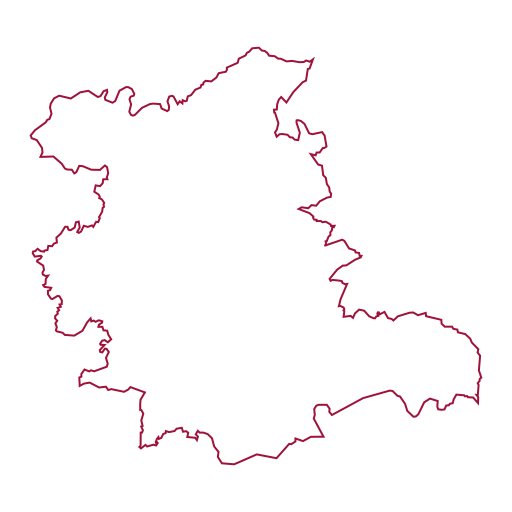 outline of Jalostotitlán, Jalisco, Mexico
{"feature_id": "50627088B48437195320512", "entity_name": "Jalostotitlán", "entity_type": "district", "adm_level": 2, "iso_a3": "MEX", "parent_name": "Mexico", "parent_adm1": "Jalisco", "projection": "albers", "projection_center": [-102.485, 21.201], "detail": "fine", "context": "isolated", "style": "outline", "palette": "rose", "viewbox_px": 512, "rotation_deg": 0, "n_neighbors": 0, "source": "geoboundaries", "source_scale": "gbopen_adm2", "svg_char_len": 5932}
<svg xmlns="http://www.w3.org/2000/svg" viewBox="0 0 512 512"><path d="M478.0,403.1L478.2,397.1L476.5,394.9L477.8,395.0L478.6,385.0L477.7,383.2L479.6,380.9L479.7,378.9L481.3,377.7L478.9,370.5L480.1,355.7L477.6,352.6L478.3,349.1L471.8,342.5L470.2,338.7L465.3,334.1L457.9,332.3L457.4,329.6L453.3,328.8L452.1,326.7L444.8,326.7L441.6,323.7L441.3,319.8L426.1,316.2L425.7,312.9L418.0,315.2L413.2,312.5L409.7,312.7L397.9,316.3L393.4,320.5L391.6,318.9L388.0,318.1L384.5,311.9L379.6,314.4L378.9,312.4L377.9,312.3L377.3,313.6L378.2,315.9L376.4,316.4L375.0,318.3L373.5,318.2L369.2,316.3L364.2,310.7L359.1,309.6L354.9,313.5L353.0,317.9L350.7,315.9L343.6,316.8L344.3,311.2L343.5,310.4L344.3,309.3L343.6,307.5L340.3,305.9L338.9,306.2L340.5,299.4L347.1,283.9L345.1,284.2L342.4,282.9L341.9,281.2L339.3,280.6L332.4,279.9L330.6,280.8L329.6,278.9L337.1,269.7L342.8,265.6L346.3,265.4L355.1,259.7L360.7,257.4L361.4,255.9L359.7,255.8L359.0,252.9L355.6,252.4L354.9,250.4L349.0,248.4L344.4,240.9L342.2,239.7L324.4,245.8L326.1,244.6L325.6,241.3L326.7,241.2L328.6,236.5L330.4,235.2L330.3,232.3L331.8,230.5L332.3,227.2L333.8,227.3L334.5,225.8L331.0,226.0L330.7,224.6L325.8,221.7L322.4,222.2L320.9,221.1L316.6,221.0L316.6,219.8L314.2,219.6L313.1,217.9L313.4,216.6L309.6,213.2L298.7,209.0L301.7,207.3L308.3,208.2L311.5,205.1L316.2,205.7L319.8,201.3L327.0,197.6L330.7,196.9L331.1,193.6L329.7,191.7L329.2,187.5L326.9,184.1L325.8,177.8L323.2,175.2L322.0,165.7L318.1,164.5L310.8,154.1L315.6,155.3L316.6,152.5L319.6,152.5L322.8,148.0L323.9,148.2L326.5,146.5L324.6,135.6L322.1,132.1L312.4,134.2L309.1,133.3L304.5,123.9L300.8,120.9L297.4,120.1L296.6,120.4L296.5,122.6L299.8,132.7L298.2,140.1L294.6,139.6L292.6,137.5L289.9,137.3L287.6,134.8L282.3,134.0L279.4,134.3L276.7,136.7L275.0,132.4L276.8,129.7L278.4,123.3L275.0,112.7L274.2,112.5L274.0,109.7L276.8,109.5L277.2,104.2L278.8,99.7L281.2,97.0L286.4,102.5L293.4,92.0L302.7,82.2L306.0,80.6L307.8,69.0L309.6,68.5L312.9,59.4L309.8,61.7L306.1,60.5L303.8,62.0L299.5,62.2L292.1,60.9L286.6,61.4L280.7,58.7L278.1,58.6L274.7,56.2L269.1,55.7L267.4,53.0L264.8,51.0L261.8,50.5L258.9,47.7L252.2,48.3L249.1,51.8L246.9,52.8L245.6,55.4L238.8,58.7L237.7,62.8L226.8,67.6L227.0,69.5L225.9,71.7L218.7,73.2L216.4,77.5L211.3,81.4L205.6,80.8L203.5,82.6L203.2,84.5L201.4,84.8L200.5,87.5L195.3,89.7L191.1,95.1L187.8,96.4L186.7,100.8L185.1,101.3L182.7,100.2L182.4,103.4L179.7,101.3L177.7,104.2L173.5,96.5L171.9,95.8L169.2,96.6L167.5,101.3L169.1,106.4L168.8,109.8L167.2,111.1L161.6,108.5L160.1,104.1L152.9,103.6L149.6,104.2L141.9,107.9L134.9,114.9L132.9,115.6L131.1,115.0L129.3,111.7L131.1,104.5L129.5,99.2L130.6,96.7L133.8,95.6L134.3,93.8L131.8,89.0L128.1,87.1L126.0,87.1L119.5,90.7L115.2,101.1L112.5,102.7L105.3,99.8L104.8,97.4L107.3,92.3L107.0,89.9L103.6,91.2L100.5,96.1L97.8,97.0L88.4,90.8L80.3,92.3L70.8,98.5L59.2,95.7L54.1,98.3L50.8,103.5L50.0,107.5L51.5,113.8L49.4,119.1L47.3,119.8L45.8,122.3L35.0,130.2L30.7,135.4L31.7,138.2L36.8,140.1L42.0,147.9L42.5,152.4L40.5,156.9L53.4,156.5L61.7,163.7L64.9,168.5L67.1,169.5L71.8,169.7L74.3,173.4L76.3,172.2L79.2,165.9L82.8,166.2L91.2,169.7L100.0,169.9L104.9,165.5L107.1,167.2L108.2,173.2L106.8,177.5L107.4,179.2L103.2,179.3L102.7,183.2L100.1,186.1L95.7,185.4L94.3,191.7L98.7,194.6L99.8,196.9L99.2,198.1L101.8,199.3L104.2,202.9L103.5,204.4L104.0,206.8L102.6,208.0L102.2,211.6L99.0,217.2L99.8,218.1L98.2,222.1L96.1,221.8L93.3,226.9L92.0,225.4L87.8,226.9L83.8,225.8L81.1,231.5L78.8,232.9L77.2,232.0L79.7,227.5L78.7,221.6L75.9,222.3L74.7,227.5L70.6,230.2L68.5,229.7L67.5,226.8L65.1,226.8L60.8,233.7L56.4,237.6L56.9,242.5L53.8,243.7L52.1,246.2L48.3,245.9L47.5,250.0L44.4,250.6L44.1,251.6L40.8,251.2L37.6,248.8L35.2,251.2L33.1,251.5L32.7,253.3L34.8,256.6L40.9,255.8L41.7,256.5L40.6,258.4L37.2,260.4L37.1,261.6L43.2,265.6L44.0,269.9L42.5,272.6L42.8,274.5L45.6,276.0L48.1,275.6L45.8,279.0L45.5,284.0L43.1,285.1L44.5,286.9L51.2,287.8L50.1,290.1L47.9,290.8L48.0,294.3L50.9,298.6L52.3,299.1L57.4,296.0L59.4,296.2L61.9,300.5L61.7,304.1L59.6,304.5L60.8,306.8L57.6,307.9L59.1,310.2L57.3,311.7L57.8,313.7L55.2,316.1L55.1,318.4L57.2,320.8L55.4,323.3L56.8,327.1L55.9,330.3L56.7,331.3L62.7,332.8L64.8,334.9L74.3,335.6L82.4,330.8L87.2,322.3L90.6,318.4L91.3,321.4L93.8,320.6L95.6,321.8L98.8,320.3L102.3,321.3L102.0,322.7L99.0,324.6L98.4,326.8L102.4,326.8L103.5,330.3L107.2,330.7L108.3,334.7L111.2,339.3L107.8,342.3L104.7,340.1L102.1,340.7L100.1,343.9L100.6,344.8L104.5,345.0L99.8,350.1L100.2,351.9L102.3,352.4L104.9,348.6L106.6,348.9L108.8,352.0L106.0,357.9L107.7,363.6L106.8,366.7L94.1,371.3L91.0,370.3L89.2,371.4L84.5,369.5L81.3,374.1L81.4,376.6L79.3,377.5L79.7,385.9L84.0,383.6L89.7,382.6L99.1,387.5L105.9,386.7L108.2,390.0L111.3,389.1L124.0,391.8L128.2,389.6L130.4,387.1L144.9,392.4L140.5,399.8L140.2,404.0L140.2,409.9L141.4,410.1L143.3,413.6L141.3,420.5L142.6,425.9L141.2,426.5L142.9,430.2L142.0,432.6L140.7,432.6L140.6,445.7L139.4,447.0L141.0,448.4L145.5,444.9L147.1,446.5L153.3,444.7L156.1,445.5L157.7,443.0L157.2,442.4L156.2,443.2L155.7,442.1L157.0,438.8L158.4,437.1L158.9,438.9L161.3,437.9L163.2,434.0L165.6,433.1L165.9,431.1L169.1,432.1L174.6,431.0L176.6,428.7L181.8,427.8L183.0,431.7L186.1,431.2L188.2,432.7L187.3,437.0L195.3,437.8L196.9,440.1L197.9,436.6L195.8,434.3L197.8,430.8L199.7,432.6L203.4,432.6L207.7,434.1L212.0,438.3L214.2,446.5L218.5,451.9L217.9,457.0L221.9,463.3L234.1,464.3L256.8,454.4L276.5,458.2L289.2,443.9L291.3,444.2L295.4,441.5L295.5,438.5L303.0,441.1L310.9,436.8L323.5,436.7L313.8,418.6L314.8,414.8L314.2,409.1L316.2,405.8L318.4,404.8L326.8,404.8L329.6,408.7L329.3,411.8L331.9,415.0L363.1,398.1L389.8,390.6L392.6,391.0L397.4,395.8L400.0,396.5L405.1,403.9L407.3,410.9L413.4,416.7L415.8,416.5L418.3,414.3L424.2,402.3L430.0,398.6L437.7,401.0L437.3,406.6L438.2,409.3L441.9,409.8L444.5,409.4L446.2,405.5L448.8,405.3L449.8,403.8L452.7,403.2L453.7,399.3L456.4,394.6L464.2,395.3L464.9,396.3L467.2,396.1L467.9,397.2L473.2,397.5L478.0,403.1Z" fill="none" stroke="#9f1239" stroke-width="2"/></svg>